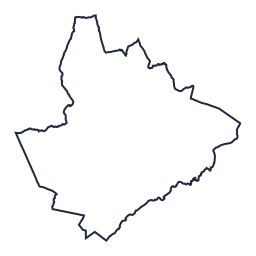 the district of Mutoko, Mashonaland East, Zimbabwe
{"feature_id": "62879985B11813721132111", "entity_name": "Mutoko", "entity_type": "district", "adm_level": 2, "iso_a3": "ZWE", "parent_name": "Zimbabwe", "parent_adm1": "Mashonaland East", "projection": "robinson", "projection_center": [32.255, -17.423], "detail": "fine", "context": "isolated", "style": "outline", "palette": "slate", "viewbox_px": 256, "rotation_deg": 0, "n_neighbors": 0, "source": "geoboundaries", "source_scale": "gbopen_adm2", "svg_char_len": 5693}
<svg xmlns="http://www.w3.org/2000/svg" viewBox="0 0 256 256"><path d="M198.2,181.0L198.5,180.2L198.7,177.4L199.1,176.0L199.7,175.7L200.4,175.7L200.8,175.2L201.6,173.2L201.3,173.2L201.9,172.2L204.1,171.3L204.4,170.0L205.1,169.4L206.1,169.0L206.5,168.0L208.9,169.3L209.7,170.5L210.4,170.5L211.0,168.0L210.8,168.0L210.8,167.4L211.5,167.4L212.4,167.1L213.3,165.6L213.9,163.1L214.2,163.1L214.5,161.7L214.7,159.0L214.9,157.9L214.8,155.1L214.3,153.1L213.4,151.0L213.4,149.9L216.0,147.6L217.0,147.3L217.6,147.3L219.5,145.9L222.2,144.8L224.4,144.1L229.8,143.2L232.0,142.2L234.7,139.4L235.7,139.2L236.6,138.7L237.2,138.1L237.5,137.0L237.5,135.9L236.8,133.6L237.1,132.3L236.9,129.8L238.0,127.3L238.9,126.1L239.0,125.6L239.9,124.2L240.2,123.3L219.1,108.6L206.9,104.2L201.7,102.9L194.1,99.8L193.1,99.2L191.1,98.7L190.7,98.1L193.4,87.4L193.3,86.2L193.1,85.9L192.4,85.7L191.9,85.9L191.1,86.7L188.2,87.8L187.0,87.6L186.6,87.4L186.3,87.5L184.0,88.8L181.4,91.0L179.6,91.1L178.2,90.3L177.8,90.3L175.5,89.1L174.9,88.5L174.0,85.6L174.1,83.6L173.5,81.7L173.7,79.6L173.2,78.9L172.0,77.9L171.8,77.9L171.4,77.0L171.3,76.4L170.7,74.8L169.9,74.2L169.1,73.0L168.5,72.5L167.8,70.9L167.1,70.1L167.2,69.5L166.7,68.9L166.7,67.9L166.3,66.8L166.3,65.8L165.8,65.0L166.1,64.8L166.2,64.6L165.9,64.4L165.5,64.6L164.7,64.2L164.6,63.9L164.6,63.1L164.0,62.8L162.9,63.9L162.2,64.0L161.8,63.8L161.3,64.7L160.0,64.5L159.4,64.9L158.5,64.0L158.1,64.0L157.0,65.3L156.0,65.5L155.7,65.8L154.9,65.6L153.1,65.7L153.3,66.1L153.2,66.4L152.2,67.5L152.1,67.8L151.9,68.0L150.6,68.0L150.3,68.3L149.9,68.4L148.7,67.7L148.1,66.9L150.0,61.1L147.4,57.8L145.5,54.1L144.3,51.0L142.4,48.0L140.3,45.6L139.8,43.5L138.2,39.4L137.4,40.8L136.8,41.4L136.4,42.2L135.8,42.5L134.9,42.6L133.8,43.4L132.6,44.6L128.2,46.5L126.4,51.9L126.4,54.0L125.9,55.6L125.5,55.4L124.7,54.1L124.6,53.8L124.2,53.4L123.7,52.6L122.9,51.7L122.6,51.3L122.5,50.7L122.1,50.3L122.0,50.0L121.7,49.9L121.3,49.9L120.8,50.2L120.4,49.9L120.4,50.3L119.6,50.0L118.5,50.4L117.6,50.4L116.6,50.8L115.3,50.9L110.4,52.0L107.8,52.2L105.8,52.6L104.7,51.2L104.2,50.3L103.5,47.2L102.9,45.5L101.2,39.7L100.6,37.2L100.0,33.3L99.4,31.1L98.8,30.7L99.0,29.3L98.7,28.0L99.0,27.6L98.1,26.3L97.5,24.6L97.1,22.1L96.7,20.6L96.2,18.9L95.6,17.7L95.9,16.9L95.7,15.4L94.1,15.6L93.5,16.1L92.4,16.4L91.9,16.8L91.2,17.1L90.1,17.4L89.0,17.3L88.0,17.6L85.6,17.9L85.3,17.9L84.5,17.4L82.9,17.0L82.6,17.1L82.6,17.4L82.3,17.7L79.4,16.9L77.1,17.2L76.6,17.2L76.1,17.0L75.3,17.3L75.1,17.9L74.8,23.0L74.5,23.0L74.3,23.3L73.9,25.9L73.4,27.4L73.5,28.5L74.1,30.0L74.2,31.0L73.0,32.0L72.6,32.2L71.8,34.2L71.8,34.9L71.6,35.8L71.1,36.9L71.1,38.5L70.1,39.6L69.4,40.8L67.1,46.0L67.0,47.5L66.8,47.6L65.7,50.6L64.5,52.3L64.2,53.2L63.7,55.3L63.4,55.8L62.3,59.0L61.2,60.7L61.0,63.3L59.9,66.4L59.4,68.1L59.6,69.6L60.3,70.9L62.2,72.9L62.5,73.6L62.5,74.6L62.3,75.3L62.3,75.7L61.6,76.2L61.4,77.0L61.6,78.3L61.3,79.4L62.1,80.9L62.1,81.6L61.8,82.9L62.1,85.2L64.9,88.5L66.3,90.4L67.0,91.0L67.9,93.5L68.4,94.3L69.0,94.5L69.6,96.3L72.5,100.2L73.2,101.5L73.3,102.0L73.2,102.8L72.7,104.0L71.2,105.6L70.5,105.9L70.1,105.3L69.7,105.1L69.3,105.8L68.6,105.2L68.1,105.2L66.9,106.7L66.0,107.5L64.7,109.3L64.2,110.3L63.9,111.6L63.9,112.7L64.1,113.5L65.1,114.4L65.7,115.3L65.7,119.3L65.9,120.3L66.3,121.1L66.6,123.0L64.4,124.5L63.9,124.6L63.3,124.1L62.6,124.1L61.7,125.1L60.4,125.7L59.5,125.8L58.7,126.4L58.3,126.1L57.6,126.8L57.0,126.8L56.7,127.0L56.1,127.0L55.1,126.5L54.0,127.0L53.4,126.9L53.0,126.7L52.7,126.2L52.4,126.2L51.7,125.7L51.1,125.8L50.5,126.4L48.6,126.9L48.5,127.2L47.9,127.4L46.0,130.1L44.3,131.2L43.4,130.9L42.6,130.8L41.9,130.3L41.5,130.3L41.1,130.7L39.6,130.6L39.1,131.1L39.0,130.7L38.3,130.6L38.3,130.2L38.0,130.0L37.0,129.7L35.6,129.9L34.2,129.2L33.6,129.7L33.4,129.7L32.8,129.4L31.8,129.3L30.8,128.6L29.0,128.6L28.6,128.9L28.9,129.0L28.8,129.3L27.6,129.4L26.1,130.2L25.5,130.2L22.6,132.0L20.9,132.9L18.4,133.2L15.8,132.8L21.4,145.8L23.4,149.9L23.4,150.0L35.3,176.9L37.3,182.1L38.6,184.2L38.9,185.5L39.7,186.5L40.1,186.6L43.2,187.2L52.9,191.1L56.6,193.9L56.5,194.5L55.8,194.7L54.8,195.9L54.7,197.1L54.9,197.7L54.9,198.1L54.4,198.6L53.7,199.0L53.6,200.8L54.1,201.4L54.3,202.4L53.4,203.4L53.3,205.0L52.2,206.6L52.6,209.1L84.0,215.5L83.2,217.9L78.9,224.8L82.9,229.8L85.8,230.6L85.9,238.2L94.8,231.9L106.3,240.6L107.0,239.9L109.3,236.6L110.0,236.1L110.5,236.0L112.5,234.1L113.4,233.7L114.1,233.6L115.0,232.8L116.2,230.9L117.9,229.0L118.3,228.7L118.8,228.9L119.2,228.7L119.3,227.9L119.8,227.2L119.9,226.8L119.7,225.6L121.0,222.9L121.7,222.0L121.7,221.7L122.9,220.7L125.1,220.6L125.5,220.3L126.1,219.5L125.7,218.8L125.7,218.0L128.0,215.5L130.1,214.4L131.4,214.8L132.6,214.9L133.0,214.4L134.1,213.9L134.6,213.5L135.0,212.2L135.7,210.8L136.0,210.5L136.6,210.7L137.4,210.2L140.9,207.1L143.0,205.7L144.4,205.0L147.0,202.8L147.5,201.9L148.5,200.9L150.8,200.0L153.5,200.6L155.0,199.8L155.6,199.8L156.1,200.0L157.4,198.9L158.2,197.7L158.6,197.6L159.4,197.8L160.8,199.4L161.9,200.2L162.6,200.1L163.7,199.5L164.5,198.5L164.5,198.1L164.4,198.0L163.9,198.0L163.8,197.8L163.6,197.3L163.7,196.8L164.4,196.3L165.2,195.3L166.6,194.8L168.4,193.2L169.1,193.2L169.4,192.8L170.3,191.2L170.8,190.7L170.8,189.1L171.5,187.0L172.3,186.4L173.2,186.2L173.5,186.3L173.8,186.9L175.1,186.8L176.1,186.3L176.6,184.8L177.0,184.5L178.4,182.2L178.9,181.8L181.3,182.2L183.0,183.6L184.4,183.5L185.5,184.3L186.0,184.4L186.6,184.3L187.4,183.5L188.8,183.7L189.2,183.9L189.9,184.9L190.4,184.9L190.8,184.7L190.8,184.3L191.2,183.7L190.9,181.9L190.9,181.2L191.4,180.9L192.5,181.0L192.7,180.7L193.1,179.1L194.0,178.2L194.5,179.5L195.4,178.5L195.5,179.7L196.2,180.6L196.6,180.7L196.9,180.3L197.0,180.3L197.6,180.8L198.2,180.8L198.2,181.0Z" fill="none" stroke="#1e293b" stroke-width="2"/></svg>